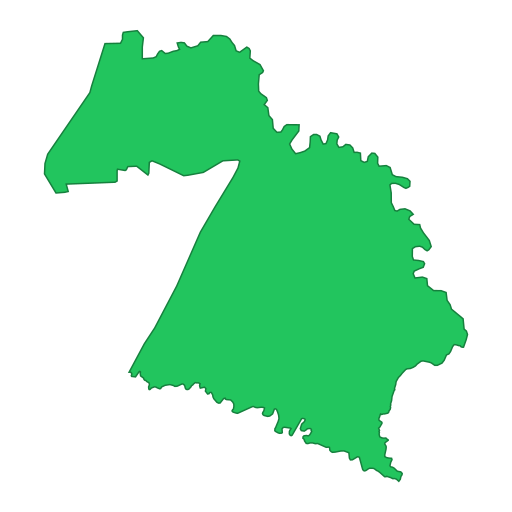 Arbolito, Cerro Largo, Uruguay
{"feature_id": "84410073B155313044366", "entity_name": "Arbolito", "entity_type": "district", "adm_level": 2, "iso_a3": "URY", "parent_name": "Uruguay", "parent_adm1": "Cerro Largo", "projection": "mercator", "projection_center": [-54.143, -32.623], "detail": "fine", "context": "isolated", "style": "filled", "palette": "green", "viewbox_px": 512, "rotation_deg": 0, "n_neighbors": 0, "source": "geoboundaries", "source_scale": "gbopen_adm2", "svg_char_len": 6059}
<svg xmlns="http://www.w3.org/2000/svg" viewBox="0 0 512 512"><path d="M129.1,372.2L130.6,372.2L131.7,373.4L131.8,374.2L131.3,375.7L131.6,376.4L135.5,376.9L139.1,371.7L139.6,371.4L140.2,371.6L140.5,372.0L140.2,373.2L140.6,375.9L143.6,378.1L143.8,379.0L144.3,379.8L144.9,380.3L145.9,380.5L146.7,381.5L148.9,382.7L149.3,383.9L149.4,384.8L148.6,386.9L148.8,389.0L149.3,389.6L150.1,389.4L151.4,388.0L154.6,386.8L156.0,387.1L157.2,387.8L159.7,388.8L160.6,388.6L161.7,386.9L165.1,385.3L169.5,384.6L170.5,384.7L173.5,385.5L174.6,386.3L176.2,386.3L177.4,386.1L181.9,384.0L182.9,384.0L184.1,384.8L184.9,386.2L185.2,387.8L185.8,389.0L186.8,389.5L187.9,389.5L189.0,389.0L191.1,386.7L191.2,386.0L192.9,384.8L193.5,384.0L195.2,382.6L196.8,382.9L198.5,382.8L200.1,383.8L199.6,385.2L199.8,386.7L200.3,388.1L204.5,387.2L205.9,388.6L205.4,391.1L207.6,394.0L209.0,393.7L209.5,392.8L210.2,392.4L211.4,392.5L212.7,395.0L213.0,396.9L213.8,398.7L216.9,402.3L218.5,403.1L220.1,403.0L223.5,398.7L224.2,398.3L225.3,398.3L225.4,399.1L226.5,399.6L230.6,399.9L232.8,402.1L233.8,404.0L233.9,406.4L233.4,409.1L232.6,409.8L232.1,410.7L232.2,411.3L233.1,412.1L236.2,413.1L237.6,413.3L252.4,406.6L253.5,406.5L255.4,407.4L257.2,407.7L261.3,407.2L263.3,407.4L264.5,407.9L263.9,410.7L262.8,412.5L262.5,413.6L263.0,414.7L264.1,415.5L267.7,416.4L269.8,416.0L272.6,413.9L274.3,409.2L275.0,408.9L275.7,408.9L276.6,409.6L277.7,412.3L278.6,415.1L279.0,418.5L278.2,421.4L275.5,427.9L275.0,428.4L274.8,430.6L275.3,431.3L278.2,432.9L279.7,433.3L281.8,433.1L282.3,432.5L282.0,428.8L283.2,427.5L284.4,427.2L290.5,428.1L291.1,428.7L289.9,430.2L289.4,431.4L289.3,433.9L290.1,435.2L291.1,435.7L292.1,435.2L301.6,418.7L302.5,418.4L304.2,418.7L305.0,419.2L305.2,419.8L304.4,421.6L301.7,424.1L300.3,428.7L301.3,430.6L304.3,431.1L306.8,429.4L307.0,429.0L307.4,428.7L310.2,428.5L311.1,429.1L311.4,429.8L311.1,430.2L311.7,431.5L310.2,434.1L309.4,435.2L308.2,435.9L306.5,435.5L304.0,435.8L303.1,436.7L302.9,438.2L304.0,439.2L304.4,439.9L304.4,440.7L306.2,443.4L307.8,443.6L310.1,442.9L312.5,442.9L315.3,443.7L317.7,443.5L326.2,447.3L328.7,447.1L329.5,447.4L329.9,450.3L331.0,451.5L332.3,452.3L335.1,452.1L340.8,451.0L344.0,450.9L347.7,452.3L348.9,452.8L349.4,458.1L350.4,459.9L352.4,459.8L357.6,456.7L358.5,456.9L359.4,457.4L362.6,469.2L363.2,470.2L364.0,470.8L364.8,470.9L366.1,470.4L368.5,468.7L369.7,468.2L373.1,468.3L374.3,468.7L376.6,470.5L377.7,470.9L379.7,472.3L384.6,476.7L386.1,476.7L386.7,476.3L390.7,477.6L392.9,478.7L394.5,478.5L396.5,479.2L398.8,481.3L400.3,479.3L400.9,476.5L402.0,474.8L402.2,473.4L400.8,471.9L397.3,471.2L394.2,468.2L392.5,467.2L390.8,466.9L389.9,465.7L390.8,462.1L392.0,459.7L391.6,458.3L388.9,458.1L386.6,457.6L384.8,456.6L384.8,454.6L386.0,449.2L386.2,446.9L385.8,445.6L384.8,444.2L384.8,443.1L385.5,442.3L388.2,440.3L388.1,439.8L386.6,438.8L385.9,438.0L383.8,438.2L382.0,437.9L380.0,437.0L379.6,436.4L379.1,434.0L379.4,432.3L379.0,431.5L379.5,430.5L378.6,428.2L379.7,427.2L381.9,423.5L382.0,422.9L381.8,422.2L379.2,420.4L378.9,419.7L378.9,418.3L379.4,417.4L380.4,414.2L380.7,413.9L381.6,414.5L383.3,413.9L384.6,413.9L386.3,413.5L387.9,413.1L388.8,412.0L389.0,410.9L390.1,409.5L390.6,407.6L390.3,406.7L390.8,404.8L390.5,404.1L391.6,400.6L392.0,396.6L394.2,390.3L394.8,389.8L394.7,389.2L394.5,388.9L394.7,387.7L395.7,384.6L396.1,381.6L398.4,377.5L400.4,375.5L402.1,373.3L405.7,369.5L407.1,368.8L410.3,368.5L413.2,367.3L415.5,365.9L417.1,364.1L421.1,361.2L423.1,360.9L429.4,362.2L431.3,362.9L434.7,365.3L437.4,365.3L442.0,363.1L444.2,360.2L446.5,354.9L448.9,353.9L450.6,351.4L452.6,346.6L454.2,344.6L456.2,344.8L458.7,345.6L460.3,345.8L460.9,346.7L462.2,347.2L463.5,347.2L466.2,339.6L467.5,334.5L466.4,331.1L464.1,329.1L463.1,318.8L451.5,309.2L450.1,304.7L447.1,300.4L446.1,292.5L441.1,290.7L433.6,290.6L427.5,285.7L426.8,278.6L422.4,277.1L415.0,278.0L413.2,273.7L414.2,271.1L419.4,268.7L423.2,267.3L424.6,263.7L423.4,261.6L418.6,260.5L413.5,260.0L412.3,256.5L412.4,248.6L415.4,246.7L419.7,246.2L422.5,247.2L424.9,249.5L427.1,250.8L428.8,249.8L431.2,246.6L429.3,240.5L423.4,232.8L420.5,228.0L419.7,224.6L414.1,224.3L408.8,219.3L409.7,216.5L413.2,214.3L410.1,210.9L405.0,208.8L399.9,209.4L397.1,211.1L394.8,210.5L393.3,206.8L391.3,202.7L391.2,192.9L389.9,184.9L391.7,183.4L395.5,183.3L399.3,184.5L404.0,187.5L405.9,188.3L408.1,187.4L409.7,186.3L410.0,181.3L407.4,178.7L402.5,177.3L395.9,176.6L392.3,174.7L390.1,167.5L386.3,165.6L379.1,166.2L377.6,163.3L377.8,157.1L374.8,153.4L371.8,153.1L368.3,156.7L367.3,161.4L364.2,162.4L360.8,160.6L360.4,153.1L357.1,152.3L354.1,152.4L352.7,147.9L349.9,145.0L345.8,144.4L342.9,146.8L338.9,147.4L336.8,143.8L337.2,140.0L338.7,137.0L336.9,133.8L330.6,132.7L328.2,135.9L327.6,139.9L326.0,143.6L323.2,144.1L321.0,139.8L319.9,136.2L316.6,134.5L313.6,134.5L310.4,136.7L310.2,142.0L309.6,147.6L304.8,151.1L300.1,152.7L295.6,153.7L291.9,149.1L289.6,144.0L292.2,139.7L298.8,131.0L299.1,124.8L286.8,124.7L284.2,126.5L282.4,130.0L280.8,132.1L276.9,132.3L273.2,128.3L272.4,119.6L268.9,115.6L267.8,107.7L264.2,104.6L267.3,100.4L266.4,97.7L260.8,93.7L258.7,91.2L258.4,83.9L259.2,74.7L262.6,72.5L263.4,70.7L260.0,64.6L253.1,60.7L249.8,58.1L250.3,50.9L249.1,48.5L246.8,47.1L239.6,52.3L236.1,50.8L234.5,45.5L232.0,42.5L229.8,39.0L226.5,36.5L221.0,35.5L213.3,35.5L207.8,41.6L200.7,42.2L197.8,45.8L190.9,47.9L186.9,46.2L184.4,42.9L181.0,42.4L177.2,43.0L178.4,46.9L179.6,49.3L177.0,50.6L173.2,51.3L168.3,53.2L165.2,53.5L161.7,50.6L159.5,51.3L157.6,54.0L156.2,56.7L153.2,58.0L142.3,58.8L142.3,47.0L143.4,37.8L137.3,30.7L127.3,31.8L123.3,32.4L122.5,35.1L122.5,39.3L120.5,43.3L105.0,43.6L91.6,86.2L89.9,92.6L47.7,154.2L45.0,163.5L44.5,173.9L56.0,193.0L64.7,192.3L68.2,191.5L66.2,184.1L115.1,182.2L117.1,181.0L117.1,170.6L117.5,169.2L125.1,170.5L126.3,169.8L127.8,166.6L136.7,166.2L147.9,175.0L148.8,173.2L149.3,162.4L152.0,160.8L159.6,163.9L183.7,175.7L188.0,175.2L203.3,172.4L222.9,160.8L237.7,159.9L239.8,161.1L238.0,168.0L233.1,177.3L215.3,206.5L200.4,232.1L176.8,285.9L154.7,328.0L144.4,343.7L129.1,372.2Z" fill="#22c55e" stroke="#15803d" stroke-width="1.5"/></svg>